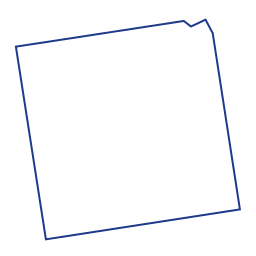 Kalkaska, Michigan, United States of America (Albers equal-area conic projection), rotated 81°
{"feature_id": "52423323B14984723177246", "entity_name": "Kalkaska", "entity_type": "district", "adm_level": 2, "iso_a3": "USA", "parent_name": "United States of America", "parent_adm1": "Michigan", "projection": "albers", "projection_center": [-85.144, 44.685], "detail": "fine", "context": "isolated", "style": "outline", "palette": "blue", "viewbox_px": 256, "rotation_deg": 81, "n_neighbors": 0, "source": "geoboundaries", "source_scale": "gbopen_adm2", "svg_char_len": 251}
<svg xmlns="http://www.w3.org/2000/svg" viewBox="0 0 256 256"><g transform="rotate(81 128 128)"><path d="M225.1,226.5L225.9,30.2L47.6,29.5L33.1,34.5L37.6,49.9L31.0,56.2L30.1,226.0L225.1,226.5Z" fill="none" stroke="#1e3a8a" stroke-width="2"/></g></svg>